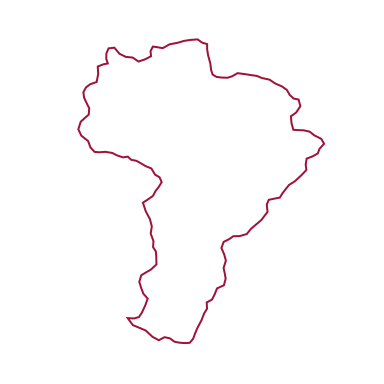 Guidoval, Minas Gerais, Brazil (Mercator projection), rotated 9°
{"feature_id": "56859067B97454970123686", "entity_name": "Guidoval", "entity_type": "district", "adm_level": 2, "iso_a3": "BRA", "parent_name": "Brazil", "parent_adm1": "Minas Gerais", "projection": "mercator", "projection_center": [-42.788, -21.182], "detail": "fine", "context": "isolated", "style": "outline", "palette": "rose", "viewbox_px": 384, "rotation_deg": 9, "n_neighbors": 0, "source": "geoboundaries", "source_scale": "gbopen_adm2", "svg_char_len": 2070}
<svg xmlns="http://www.w3.org/2000/svg" viewBox="0 0 384 384"><g transform="rotate(9 192 192)"><path d="M246.0,228.1L252.7,224.9L255.9,219.3L260.0,214.5L264.9,208.8L269.7,199.8L267.8,192.6L269.1,187.7L274.3,185.7L279.6,183.8L281.6,179.0L284.1,174.5L286.7,169.9L291.8,165.4L297.3,158.5L301.5,152.4L300.0,147.0L300.0,141.1L305.6,137.9L310.2,134.2L311.2,129.4L314.9,123.7L311.4,119.3L303.9,116.9L298.8,114.0L292.5,113.6L287.8,114.2L282.4,114.7L279.6,108.7L277.8,101.7L282.4,97.3L285.6,90.3L282.8,84.0L277.8,83.8L273.4,80.9L269.7,76.3L264.2,73.6L257.2,71.8L251.0,68.9L243.3,68.5L238.0,67.2L232.4,67.3L226.1,67.3L218.4,67.5L213.4,71.5L209.2,73.6L203.5,74.3L198.3,74.5L194.0,72.8L191.8,68.5L190.0,62.2L186.5,54.4L184.6,48.6L183.8,43.5L178.9,43.0L173.6,40.4L166.8,42.0L160.5,44.0L154.4,46.9L146.8,49.6L140.6,54.5L135.3,54.4L130.6,54.5L129.0,59.3L130.3,64.3L124.9,68.3L118.7,71.5L112.4,68.5L105.5,68.9L98.7,66.8L92.8,61.6L87.1,63.2L85.8,68.5L86.5,73.9L88.7,78.2L84.4,79.8L79.3,82.8L80.9,90.2L80.6,98.3L74.7,101.4L70.9,105.3L69.1,110.5L70.7,115.8L73.6,120.1L77.4,125.4L77.9,131.7L74.6,135.6L71.1,140.0L69.9,147.8L73.9,153.7L81.4,157.9L84.8,164.0L89.5,167.6L94.1,167.3L100.0,165.9L107.1,165.9L112.4,167.6L118.4,168.6L123.1,167.1L126.9,169.7L132.3,169.9L137.1,171.7L142.2,173.7L148.2,175.1L152.7,180.6L157.6,182.5L160.5,187.0L158.4,192.1L155.9,196.6L154.0,202.0L149.7,206.2L145.2,210.2L149.3,218.2L154.7,225.4L157.7,232.3L157.7,239.5L161.6,246.5L162.2,252.6L165.6,256.4L166.9,261.8L168.2,269.1L163.5,275.1L159.5,278.3L154.9,282.2L154.0,289.0L156.7,294.5L159.9,300.1L164.9,304.2L163.6,311.2L161.4,318.9L159.2,323.8L154.4,326.0L148.2,326.6L154.4,332.7L161.4,334.4L168.1,336.1L175.6,341.2L182.4,343.6L187.6,339.7L193.0,340.0L198.1,342.6L203.0,342.8L208.2,342.4L213.4,341.3L216.1,336.7L217.2,331.1L218.6,325.5L221.4,317.3L222.9,310.3L225.1,304.9L223.8,298.8L228.6,295.1L230.3,289.9L231.8,283.3L238.1,279.1L238.8,272.4L237.3,267.8L235.1,262.2L236.2,254.5L233.6,248.7L229.8,242.7L231.1,236.3L235.9,232.9L239.7,229.2L246.0,228.1Z" fill="none" stroke="#9f1239" stroke-width="2"/></g></svg>